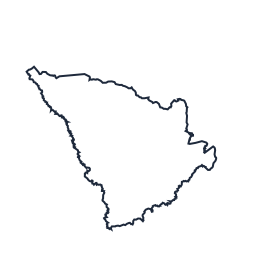 Wassa Amenfi East, Western, Ghana, rotated 338°
{"feature_id": "2480657B15365927336493", "entity_name": "Wassa Amenfi East", "entity_type": "district", "adm_level": 2, "iso_a3": "GHA", "parent_name": "Ghana", "parent_adm1": "Western", "projection": "mercator", "projection_center": [-2.086, 5.877], "detail": "fine", "context": "isolated", "style": "outline", "palette": "slate", "viewbox_px": 256, "rotation_deg": 338, "n_neighbors": 0, "source": "geoboundaries", "source_scale": "gbopen_adm2", "svg_char_len": 5740}
<svg xmlns="http://www.w3.org/2000/svg" viewBox="0 0 256 256"><g transform="rotate(338 128 128)"><path d="M72.9,214.6L73.6,214.2L74.5,215.6L74.6,214.4L76.1,213.2L79.5,214.5L80.1,214.3L82.2,214.8L83.6,215.9L87.7,215.9L89.1,217.0L91.2,216.4L93.4,216.4L94.2,216.6L94.8,218.2L95.2,218.2L96.1,219.2L97.1,218.3L98.0,216.2L99.5,215.2L101.2,216.0L103.4,215.7L105.4,216.6L106.9,220.0L107.8,219.4L107.8,218.3L108.6,217.1L108.6,214.9L109.2,213.9L111.4,213.0L112.0,212.3L111.8,211.6L113.8,210.4L116.6,210.3L118.4,211.6L118.7,212.1L118.7,214.6L119.4,214.7L120.0,213.5L119.6,212.4L119.8,211.4L121.5,210.4L121.7,209.7L122.4,209.6L124.6,209.8L124.8,210.7L126.2,211.0L126.3,211.8L127.5,212.4L128.1,212.0L128.5,212.1L128.4,211.8L129.8,211.1L130.6,211.2L132.2,210.3L133.5,211.6L133.6,212.6L134.3,213.4L135.7,212.7L135.9,213.9L137.0,212.6L138.3,213.9L139.1,213.9L140.0,212.5L139.5,211.7L140.8,212.4L142.4,211.7L143.8,212.1L144.3,211.3L145.7,211.4L145.9,210.5L146.5,210.6L146.1,209.6L146.9,209.6L146.7,209.2L147.1,209.1L147.7,207.5L147.0,206.0L147.3,205.5L147.8,204.9L148.6,204.8L149.3,205.3L149.6,204.9L151.0,204.6L151.0,203.4L151.3,203.6L151.1,203.3L151.5,203.0L153.2,202.4L153.3,200.9L154.0,200.7L155.1,201.9L156.6,200.7L157.8,198.1L158.6,198.3L159.7,197.9L160.5,198.6L161.4,198.5L162.1,199.4L162.9,199.4L163.9,200.1L164.8,198.9L165.5,199.0L166.6,197.4L168.3,197.1L170.0,195.6L170.0,195.0L173.7,193.5L173.9,192.6L174.3,192.7L174.4,192.2L175.6,192.0L176.4,190.9L177.3,190.9L177.8,191.3L178.8,190.4L181.4,190.6L182.3,190.2L182.6,191.1L182.9,190.7L183.1,191.3L183.8,191.4L184.4,192.0L184.4,192.7L185.4,193.2L185.1,193.9L186.5,196.9L188.2,197.5L189.3,196.7L191.1,196.3L192.1,195.7L194.0,192.7L196.9,191.1L198.2,189.6L198.6,188.4L198.0,187.3L198.4,184.8L200.5,181.2L200.9,179.4L200.8,178.4L200.0,177.0L189.8,179.7L189.5,179.1L190.0,178.7L190.1,177.8L191.0,177.3L190.6,176.5L190.8,175.6L192.0,175.7L191.8,174.5L192.6,174.2L193.0,173.5L194.1,173.9L195.2,172.9L195.6,172.1L195.1,170.8L191.6,167.9L185.1,167.1L179.3,165.9L178.2,165.1L180.7,161.6L181.1,161.9L181.9,160.3L183.7,159.1L185.4,159.5L185.7,158.7L185.2,158.5L185.3,156.8L183.9,156.1L183.4,157.2L183.1,157.3L182.6,156.1L183.0,155.8L182.8,155.3L180.3,152.4L180.8,152.2L181.6,152.6L182.1,151.2L181.8,150.4L184.6,147.0L184.4,144.8L187.3,138.8L187.7,135.8L188.4,135.2L190.2,131.4L190.8,131.0L190.1,129.7L190.7,127.3L190.4,123.8L189.9,123.2L187.8,121.8L187.6,120.9L186.7,120.3L185.0,120.0L185.1,121.4L183.0,121.6L182.0,120.9L181.8,119.9L181.3,119.5L177.1,121.6L176.4,124.0L175.4,124.8L175.1,124.4L174.3,124.4L171.8,125.6L169.5,124.0L168.4,123.7L167.0,121.7L165.6,120.9L165.7,117.2L164.3,114.7L163.3,114.2L160.5,114.2L160.2,112.9L158.1,110.5L157.5,109.0L158.5,107.4L154.4,106.6L152.0,105.6L151.4,104.3L150.3,103.8L149.3,101.5L148.3,101.1L147.8,100.3L148.5,98.0L148.3,96.4L146.9,94.0L146.6,91.7L145.2,92.1L143.4,91.4L142.7,90.2L140.9,88.2L139.1,86.9L138.4,85.7L136.4,85.0L133.1,82.7L132.7,80.4L130.4,78.7L127.0,77.5L124.7,77.8L121.5,76.6L120.5,74.2L118.3,71.6L117.3,71.1L116.4,71.2L113.9,69.7L112.6,69.7L111.5,68.8L110.3,69.0L111.6,66.9L111.6,65.9L107.9,61.7L83.8,54.4L80.3,55.0L79.9,54.1L80.0,52.1L79.2,51.5L78.2,51.7L77.3,50.7L76.8,50.7L75.5,49.9L73.5,47.5L72.8,45.3L69.8,44.0L67.5,45.3L66.2,44.9L66.0,42.9L63.8,36.0L61.0,36.9L58.9,37.1L58.0,36.8L55.1,37.8L55.5,40.1L56.2,40.8L55.8,41.3L57.1,42.8L55.2,44.9L55.1,45.9L57.6,47.2L58.0,48.9L57.8,50.2L59.2,51.2L59.5,52.8L60.1,53.1L60.2,54.9L60.9,55.4L60.4,56.3L60.3,57.6L60.7,58.0L60.4,58.9L60.9,59.2L61.8,60.9L62.3,61.1L61.9,62.5L61.2,63.1L60.4,63.2L61.0,65.8L60.8,66.2L61.2,66.8L60.3,67.3L60.2,68.2L61.1,69.1L60.3,70.7L61.6,72.6L61.4,72.9L61.8,73.0L62.0,74.4L62.3,74.4L61.7,75.4L62.5,76.1L62.5,77.9L63.2,78.0L64.1,79.4L63.6,79.7L64.2,80.3L64.2,81.2L63.2,82.9L63.6,82.7L65.1,83.3L66.1,85.6L66.3,85.3L67.2,85.6L66.7,87.0L65.9,87.7L67.0,88.2L67.4,88.4L67.9,88.2L69.0,91.3L70.6,91.7L70.7,91.3L71.2,91.4L71.2,91.9L70.6,92.1L70.7,92.8L71.3,93.1L70.8,93.6L71.5,94.1L71.8,93.5L72.3,93.5L72.5,94.8L72.1,95.5L72.9,96.8L72.8,97.3L73.4,97.0L73.6,97.7L73.0,98.4L74.3,99.7L73.0,99.4L72.7,99.8L72.6,100.3L73.1,100.9L73.0,101.3L72.4,101.6L72.5,102.5L73.0,103.6L72.3,104.9L72.4,106.5L72.0,107.8L71.6,107.8L71.9,109.6L73.1,109.1L73.5,109.6L72.4,111.0L73.0,111.1L73.4,111.9L72.5,112.8L72.8,113.4L72.0,113.7L73.2,114.4L72.8,114.7L73.3,116.5L73.0,117.5L73.6,118.2L73.4,118.7L71.9,118.4L71.6,118.8L71.4,119.6L72.0,120.0L71.6,120.7L71.2,120.1L71.1,121.4L72.3,122.4L72.6,123.2L71.7,123.7L71.6,124.5L71.0,123.9L70.4,125.5L70.5,125.9L71.6,126.3L71.2,126.8L73.2,129.9L72.9,131.3L73.7,132.3L72.4,132.5L71.5,133.2L72.4,135.8L71.9,136.5L71.5,136.1L71.9,136.0L71.5,135.7L71.1,135.7L70.7,136.3L71.3,136.7L71.1,139.5L72.1,141.7L71.2,141.9L71.1,142.5L71.8,143.2L71.8,143.9L72.6,144.3L72.5,144.8L73.0,144.6L73.0,145.4L73.8,145.3L74.1,145.6L73.5,147.1L74.5,149.5L75.2,149.3L77.1,150.4L77.4,151.3L76.9,152.7L76.1,153.1L75.0,153.3L74.3,152.3L73.4,154.3L73.0,153.7L71.9,153.5L71.1,154.5L70.8,154.4L69.8,156.8L71.6,159.8L71.5,160.6L72.5,162.8L73.7,163.7L74.8,163.1L75.3,163.5L75.4,164.0L74.5,164.7L74.1,166.1L75.0,166.7L75.2,167.8L77.6,166.9L78.2,167.1L77.8,168.9L78.7,168.8L79.6,169.7L81.1,170.0L82.0,171.1L81.6,171.6L81.9,172.1L81.5,173.7L81.9,174.7L81.7,175.2L80.8,175.5L80.2,176.6L82.1,177.5L81.7,177.9L81.8,179.2L79.9,180.8L78.4,184.2L77.7,184.7L77.2,185.8L78.4,188.4L78.4,189.4L79.7,191.0L79.3,191.2L78.6,193.2L79.5,195.3L79.0,195.8L79.5,196.1L79.3,196.6L78.0,197.0L78.3,198.5L76.8,198.5L77.0,199.3L76.2,199.1L75.6,199.6L74.6,199.7L74.4,200.5L74.8,200.9L74.6,201.8L74.9,202.7L73.1,202.3L72.0,202.6L72.1,203.6L72.6,204.3L72.7,206.2L74.0,208.3L73.3,208.3L72.3,209.1L72.2,209.7L72.6,210.3L71.5,211.7L72.0,212.2L71.5,213.0L72.3,213.3L72.9,214.6Z" fill="none" stroke="#1e293b" stroke-width="2"/></g></svg>